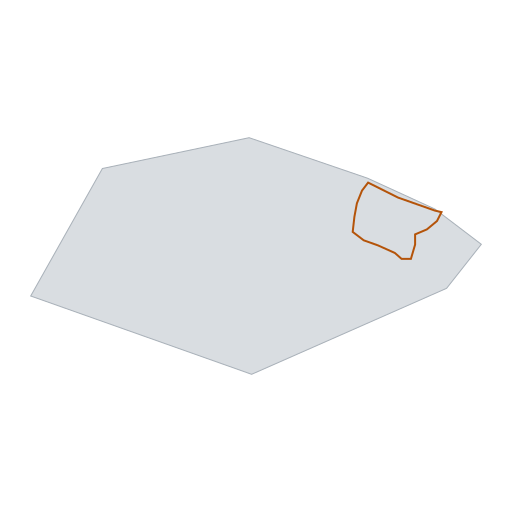 location of North East within Singapore
{"feature_id": "SGP-4874", "entity_name": "North East", "entity_type": "state/province", "adm_level": 1, "iso_a3": "SGP", "parent_name": "Singapore", "parent_adm1": "", "projection": "mercator", "projection_center": [103.929, 1.383], "detail": "fine", "context": "in_parent", "style": "outline", "palette": "amber", "viewbox_px": 512, "rotation_deg": 0, "n_neighbors": 0, "source": "natural_earth", "source_scale": "10m", "svg_char_len": 512}
<svg xmlns="http://www.w3.org/2000/svg" viewBox="0 0 512 512"><path d="M446.6,288.3L251.6,374.3L30.7,296.0L102.4,168.5L249.1,137.7L367.5,178.2L435.0,209.1L481.3,244.3L446.6,288.3Z" fill="#d9dde1" stroke="#a8b0b8" stroke-width="1"/><path d="M368.1,182.6L398.1,197.6L434.9,210.6L441.5,212.1L437.0,221.0L426.9,229.4L415.1,234.4L415.1,244.6L410.9,258.9L401.6,258.9L394.9,253.0L378.0,245.4L363.7,240.3L352.7,231.9L354.4,216.8L356.9,203.3L362.0,190.6L368.1,182.6Z" fill="none" stroke="#b45309" stroke-width="2"/></svg>